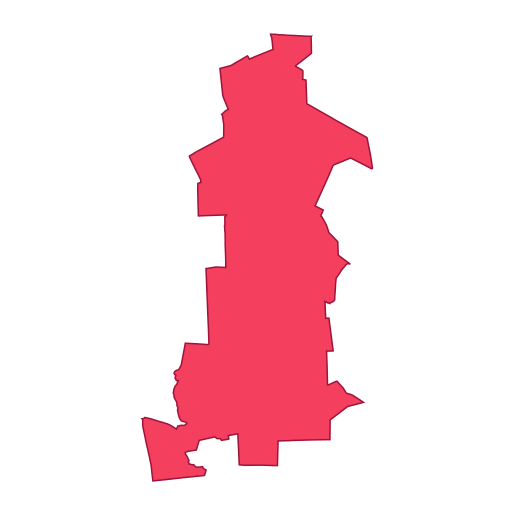 Amzacea, Constanta, Romania, rotated 268°
{"feature_id": "2599482B28238264431370", "entity_name": "Amzacea", "entity_type": "district", "adm_level": 2, "iso_a3": "ROU", "parent_name": "Romania", "parent_adm1": "Constanta", "projection": "albers", "projection_center": [28.34, 43.96], "detail": "fine", "context": "isolated", "style": "filled", "palette": "rose", "viewbox_px": 512, "rotation_deg": 268, "n_neighbors": 0, "source": "geoboundaries", "source_scale": "gbopen_adm2", "svg_char_len": 5263}
<svg xmlns="http://www.w3.org/2000/svg" viewBox="0 0 512 512"><g transform="rotate(268 256 256)"><path d="M368.8,371.4L370.5,371.0L371.0,370.2L374.5,364.3L381.4,352.8L388.9,340.4L390.4,338.1L401.1,320.7L403.4,317.0L406.4,312.1L418.7,312.1L418.8,312.1L430.1,312.1L430.9,308.7L431.9,309.0L437.8,309.3L439.2,309.3L439.7,309.1L440.2,308.6L441.2,307.1L442.7,304.6L444.2,302.2L444.8,302.3L446.7,304.9L449.3,308.5L453.0,313.6L455.0,316.3L456.6,318.5L465.6,318.7L470.8,318.7L473.5,318.7L473.7,318.9L473.7,318.6L473.7,317.5L473.8,316.3L474.0,312.9L474.3,310.0L474.6,306.4L475.0,302.6L475.1,300.9L475.1,300.7L475.6,294.3L476.1,290.3L476.2,288.3L476.2,287.5L476.7,284.1L476.9,282.8L477.0,280.7L477.2,278.6L477.2,278.3L477.1,278.2L475.1,278.8L473.2,279.4L467.9,279.8L465.5,279.9L461.9,280.2L459.2,272.8L456.5,265.3L454.5,260.0L453.0,256.2L455.9,254.8L456.2,254.5L456.3,254.4L453.0,248.3L449.8,242.2L449.7,242.1L447.2,237.5L447.1,237.2L445.7,230.9L444.7,226.5L420.3,228.2L417.7,228.4L416.0,228.8L415.2,229.1L403.5,233.4L402.7,231.6L402.1,230.5L398.7,226.6L397.9,227.3L391.6,228.0L388.3,228.4L375.9,227.8L361.3,198.1L360.9,197.8L358.6,193.4L358.4,193.1L358.1,192.9L357.7,192.9L357.1,193.1L356.3,193.4L355.0,194.0L352.7,195.0L342.6,199.5L340.4,200.6L338.2,201.6L334.3,203.2L333.0,203.4L332.4,203.4L331.9,203.5L331.5,203.7L331.4,203.5L331.5,203.3L331.3,202.7L330.7,200.9L330.6,200.4L326.3,200.2L325.8,200.1L316.9,200.0L310.6,199.9L308.2,199.9L298.1,199.8L298.0,200.7L298.1,203.2L298.1,203.9L298.1,227.6L297.9,227.9L296.6,226.8L296.3,226.2L287.8,226.0L287.6,225.6L282.3,225.7L279.7,225.9L276.6,225.8L274.1,225.8L269.0,225.6L266.3,225.6L263.1,225.6L259.8,225.6L257.3,225.6L254.1,225.6L245.6,225.4L246.4,215.5L245.2,206.0L245.2,205.6L200.9,205.8L200.3,205.8L186.9,205.9L173.5,205.9L171.6,205.9L170.4,205.9L169.9,206.0L169.6,205.7L169.3,205.2L169.2,204.6L169.2,204.1L169.4,202.5L170.3,193.7L171.3,182.3L171.2,182.3L156.4,179.0L152.4,178.1L149.2,177.3L145.4,174.9L145.0,174.5L144.8,173.8L144.5,172.6L144.1,171.8L143.5,171.0L143.5,170.9L142.4,170.2L141.6,170.0L140.5,170.5L139.5,171.7L138.2,171.2L136.9,170.8L135.4,171.6L134.3,172.1L134.3,173.9L133.4,173.7L131.8,172.8L130.6,172.4L130.0,171.8L129.3,171.1L128.4,170.4L126.7,169.8L125.6,169.2L124.0,169.0L123.0,168.8L122.0,168.5L121.2,168.8L120.8,168.9L119.4,169.3L118.4,169.1L117.8,169.2L116.0,170.0L113.6,171.2L112.0,171.8L111.6,171.8L109.0,171.8L107.4,172.6L106.6,172.7L105.6,172.3L104.7,172.2L103.4,172.4L102.3,172.6L101.4,172.7L98.5,173.3L96.4,174.0L95.7,174.3L94.0,175.4L93.6,176.1L93.0,178.0L92.6,179.6L92.0,180.3L91.1,181.1L90.7,180.6L90.3,180.1L89.7,179.3L89.3,178.5L89.2,177.9L89.2,177.4L89.4,176.7L89.4,175.6L89.4,175.0L89.2,174.0L89.0,173.3L88.7,172.5L88.8,171.9L88.7,171.9L88.3,171.8L87.2,171.1L86.0,170.5L85.7,170.3L86.5,169.4L88.3,167.0L88.8,166.2L89.4,165.2L90.4,163.5L91.4,161.4L91.7,160.4L93.1,156.5L93.7,154.5L94.3,152.7L95.9,148.2L97.0,145.0L97.8,142.1L98.5,139.5L98.5,139.2L97.7,138.3L97.3,137.8L97.3,137.4L97.3,136.5L97.2,136.6L97.0,136.8L96.4,136.9L94.5,137.0L92.8,137.0L91.0,136.9L89.1,137.0L88.0,137.2L80.7,138.5L73.5,139.7L70.5,140.2L67.5,140.9L65.2,141.3L61.3,142.0L61.2,142.0L59.3,142.4L57.0,142.8L55.5,143.0L51.2,143.8L47.7,144.1L40.4,144.6L34.8,145.1L35.2,150.8L35.5,155.9L37.0,174.9L37.3,179.6L38.4,196.3L38.5,196.9L43.9,198.7L45.6,195.8L47.3,195.3L47.0,191.5L47.0,189.5L47.4,188.5L48.3,187.5L49.3,186.8L49.6,186.2L49.7,184.5L50.0,183.9L50.2,183.1L50.4,181.9L50.7,182.0L51.2,181.9L52.3,181.2L52.8,181.1L53.4,181.7L53.8,181.9L54.1,181.9L54.7,181.5L57.9,180.2L59.3,179.4L60.2,178.7L61.0,178.5L62.1,178.5L62.3,178.8L62.6,179.5L63.1,181.0L63.1,180.9L64.2,189.6L66.0,190.2L70.7,191.8L73.7,192.8L75.8,203.9L76.6,208.7L74.8,210.7L74.7,214.0L73.0,215.0L73.2,216.7L73.8,221.9L74.2,222.5L77.5,222.0L78.2,226.8L78.9,231.6L72.8,231.7L66.6,231.8L56.2,231.9L52.2,232.0L52.3,231.9L47.9,231.9L47.2,237.9L47.0,246.9L46.7,255.3L45.8,269.0L45.8,270.1L70.4,271.6L70.3,284.5L70.4,284.9L70.3,301.1L70.2,309.0L69.9,323.5L79.1,323.9L88.3,324.3L89.5,324.2L95.8,333.1L102.2,342.1L102.4,342.4L104.6,352.4L106.0,358.3L108.8,354.5L111.2,351.0L112.9,348.6L113.9,346.9L114.8,344.6L115.6,341.8L116.1,341.4L117.0,340.8L119.3,339.5L121.0,338.5L127.5,333.0L127.8,332.9L127.9,332.5L128.0,332.3L127.8,331.4L125.5,325.8L124.5,323.4L124.7,323.2L125.3,323.0L144.8,323.2L154.2,323.2L158.5,323.2L158.4,329.1L158.5,329.8L191.4,326.7L191.3,323.5L208.2,323.3L207.8,324.0L207.7,324.1L206.9,325.7L206.6,326.1L206.4,327.1L206.0,327.9L206.5,327.9L206.4,328.2L206.9,329.6L207.7,331.3L208.7,332.6L209.3,333.0L210.2,333.2L212.7,333.3L216.4,333.7L220.9,334.2L225.6,334.6L229.4,335.1L230.8,335.3L231.5,335.7L234.8,338.1L239.4,341.4L241.7,343.5L244.2,345.7L244.7,346.4L245.1,347.2L245.0,348.2L244.8,349.2L244.5,350.0L254.0,338.2L261.9,338.2L267.4,338.2L272.9,333.3L275.7,330.7L276.8,329.7L284.4,327.5L285.6,326.9L292.7,323.3L293.7,322.1L299.4,324.7L299.6,324.8L303.7,317.3L304.0,316.8L329.7,329.5L336.5,332.8L343.4,336.0L344.1,336.7L344.5,337.4L345.8,340.8L346.9,344.0L348.7,348.6L348.9,349.3L349.3,350.4L350.5,353.5L350.5,353.9L350.4,354.2L350.3,354.6L348.7,357.5L346.6,361.3L345.2,363.8L345.0,364.3L342.5,368.7L339.3,374.2L339.2,374.8L339.3,375.3L339.6,375.5L352.5,374.0L367.1,371.6L368.8,371.4Z" fill="#f43f5e" stroke="#9f1239" stroke-width="1.5"/></g></svg>